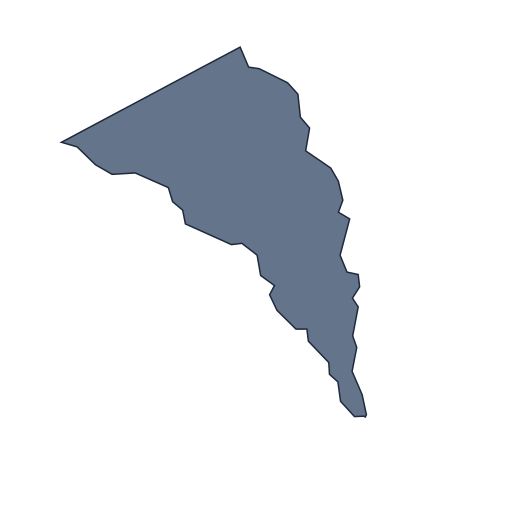 Delta, Texas, United States of America, rotated 61°
{"feature_id": "52423323B91707505421918", "entity_name": "Delta", "entity_type": "district", "adm_level": 2, "iso_a3": "USA", "parent_name": "United States of America", "parent_adm1": "Texas", "projection": "orthographic", "projection_center": [-95.581, 33.357], "detail": "fine", "context": "isolated", "style": "filled", "palette": "slate", "viewbox_px": 512, "rotation_deg": 61, "n_neighbors": 0, "source": "geoboundaries", "source_scale": "gbopen_adm2", "svg_char_len": 786}
<svg xmlns="http://www.w3.org/2000/svg" viewBox="0 0 512 512"><g transform="rotate(61 256 256)"><path d="M64.8,212.2L62.2,371.1L73.9,359.5L98.3,352.2L114.8,342.3L124.8,321.4L153.7,299.5L168.1,302.6L180.4,297.9L193.7,302.2L234.1,272.0L238.1,262.2L255.8,254.6L275.3,261.4L290.8,254.2L296.5,262.9L313.7,264.0L339.3,256.5L344.6,246.9L355.9,251.5L384.5,244.0L395.1,249.1L405.8,245.4L424.1,252.5L444.2,247.7L448.4,239.3L449.8,238.5L448.4,236.4L428.7,230.4L403.5,227.9L384.8,212.2L372.8,210.2L350.1,191.3L339.6,192.1L333.2,180.3L321.7,175.6L314.2,184.2L296.1,182.1L269.0,156.1L257.7,162.7L249.3,153.0L230.5,147.7L215.3,148.0L188.1,161.6L170.1,147.1L156.1,149.9L134.8,140.9L119.8,144.4L93.7,162.4L87.2,170.9L65.6,168.6L64.8,212.2Z" fill="#64748b" stroke="#1e293b" stroke-width="1.5"/></g></svg>